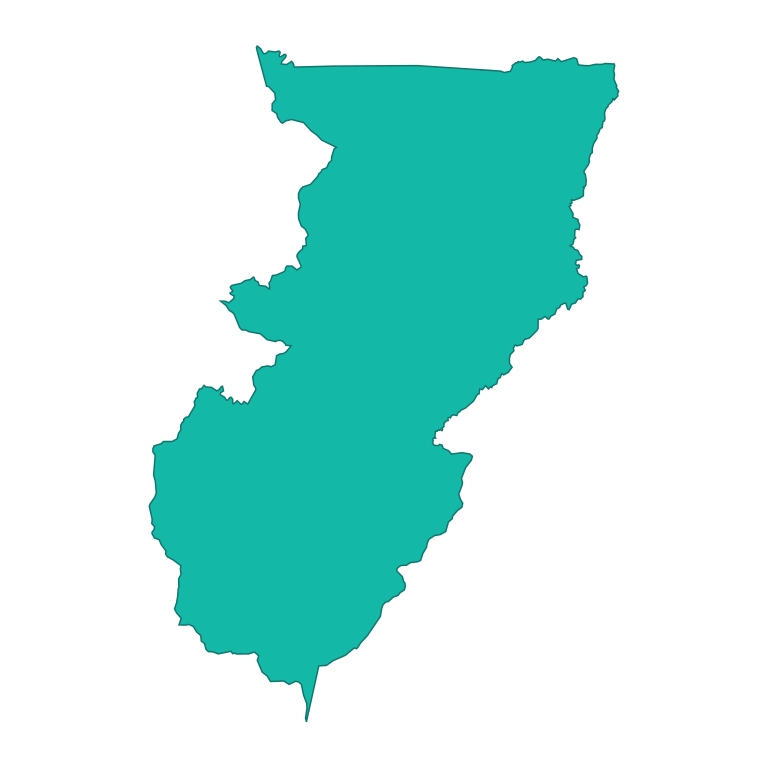 the district of Tiquiso, Bolívar, Colombia
{"feature_id": "7082276B69446027092984", "entity_name": "Tiquiso", "entity_type": "district", "adm_level": 2, "iso_a3": "COL", "parent_name": "Colombia", "parent_adm1": "Bolívar", "projection": "natural_earth1", "projection_center": [-74.278, 8.471], "detail": "fine", "context": "isolated", "style": "filled", "palette": "teal", "viewbox_px": 768, "rotation_deg": 0, "n_neighbors": 0, "source": "geoboundaries", "source_scale": "gbopen_adm2", "svg_char_len": 6062}
<svg xmlns="http://www.w3.org/2000/svg" viewBox="0 0 768 768"><path d="M155.2,455.3L153.6,475.1L155.3,481.0L156.3,492.9L154.7,497.4L150.3,503.6L149.3,506.3L152.2,519.3L151.8,523.6L154.5,526.7L154.2,529.2L152.1,532.2L152.0,533.6L154.4,538.0L159.2,539.6L160.9,544.0L165.9,550.9L165.6,553.9L167.4,556.8L173.2,559.9L180.8,565.6L180.4,569.1L181.1,574.2L178.6,578.9L178.9,587.3L178.2,588.8L177.7,596.0L176.6,602.8L174.5,609.0L176.8,613.2L181.2,618.2L179.0,624.9L185.7,625.1L189.0,624.4L193.4,626.5L196.7,632.1L200.8,635.5L201.2,641.0L204.4,643.4L206.0,649.2L208.3,651.6L212.6,651.8L218.4,653.9L230.7,651.3L232.8,653.7L234.8,653.2L236.5,654.0L248.7,653.9L254.5,652.0L258.7,655.9L257.3,660.4L262.2,672.1L267.2,676.0L270.5,681.5L283.8,681.0L289.1,684.4L295.5,681.3L298.6,681.9L301.4,684.4L303.6,695.2L306.7,703.4L307.0,708.1L305.5,718.1L306.4,721.9L318.8,665.9L326.4,665.4L333.2,660.6L345.3,655.3L354.3,647.9L356.5,648.7L357.7,647.6L360.6,642.9L367.3,635.7L380.4,616.4L381.6,608.7L383.1,604.6L385.7,602.1L388.6,601.4L393.2,597.1L398.1,595.4L399.9,592.8L404.4,589.9L405.3,586.2L404.9,583.0L403.6,581.5L402.4,576.7L396.9,571.1L396.8,569.6L397.8,567.6L400.9,565.5L406.5,565.2L410.4,562.6L417.4,561.8L420.6,560.5L422.7,553.8L426.5,547.3L427.4,542.5L429.2,539.0L434.6,535.5L440.2,534.6L445.7,531.6L448.4,522.1L452.3,518.6L452.5,516.3L456.9,511.1L461.9,507.2L462.7,503.2L460.7,499.9L458.7,494.2L462.1,485.0L462.5,482.6L461.5,478.4L465.6,467.6L471.3,460.3L472.4,456.3L469.9,454.0L462.2,452.7L451.4,454.0L448.7,450.8L443.2,448.4L442.1,445.2L439.6,444.4L438.2,445.7L434.1,445.3L432.5,442.7L433.2,440.9L432.8,439.0L433.1,438.1L435.6,438.2L434.8,436.1L435.5,431.3L437.2,431.3L438.3,429.8L439.3,430.4L440.2,429.5L441.9,430.7L442.6,429.6L442.0,428.1L443.9,426.7L444.0,423.3L446.1,421.1L448.3,420.5L447.7,418.8L448.2,417.9L449.0,417.4L450.4,417.9L451.2,416.1L453.1,414.8L456.8,415.5L458.0,412.6L459.8,411.8L460.6,410.4L465.5,408.0L473.5,401.1L476.3,396.1L477.6,394.3L479.1,393.8L479.7,388.9L482.3,389.7L485.7,385.7L488.4,388.9L490.8,386.7L491.8,387.5L492.5,385.7L496.7,383.7L498.0,378.8L500.1,377.7L501.8,373.6L503.7,374.9L508.2,372.4L512.1,367.2L509.6,363.7L509.4,358.7L510.4,354.5L513.9,350.8L513.4,348.2L514.4,346.1L515.4,345.0L517.0,345.9L522.2,344.4L524.2,339.6L529.4,338.0L537.0,330.4L538.0,328.6L538.2,319.2L541.3,319.2L545.2,316.4L547.8,319.0L549.0,319.0L550.8,316.2L554.8,314.1L556.7,309.0L559.7,307.3L560.6,305.1L564.4,303.2L565.8,303.3L567.7,309.1L569.1,309.7L571.6,304.2L575.5,302.9L578.0,298.9L580.6,299.1L583.0,296.6L583.0,292.1L585.3,290.5L583.7,286.8L586.4,285.4L587.6,282.9L586.8,276.8L586.0,276.1L583.6,276.9L578.1,273.5L576.5,268.9L578.9,267.9L579.5,265.4L578.7,264.8L576.7,265.4L575.5,263.9L576.3,260.3L581.7,259.4L581.8,256.3L579.7,254.4L577.7,250.4L574.8,249.5L573.3,247.3L570.1,245.8L572.7,244.4L573.7,241.8L573.4,240.0L575.7,237.8L574.6,236.5L575.0,229.9L576.5,229.1L579.1,229.6L579.8,225.1L578.1,221.5L578.0,219.5L572.8,217.3L573.1,213.8L569.1,206.4L571.0,205.6L570.1,203.7L571.9,203.0L571.6,199.9L573.7,200.3L579.5,198.2L583.4,195.8L583.5,189.6L584.2,188.0L583.3,187.0L585.2,186.2L585.9,184.8L586.2,180.3L585.3,174.5L584.0,172.3L584.1,170.8L588.2,165.0L589.5,161.5L589.1,158.7L590.4,154.4L592.3,152.6L592.3,148.3L593.6,143.7L597.1,138.0L596.7,135.4L598.6,132.9L600.3,128.4L602.2,127.7L602.9,121.6L604.3,121.0L605.0,118.7L604.5,112.9L605.9,108.7L608.0,106.6L608.2,105.0L611.8,101.9L612.8,98.6L613.9,98.8L613.6,99.8L614.2,100.0L617.9,95.9L617.5,93.8L618.7,91.2L616.2,87.5L616.8,86.1L613.9,79.2L614.5,74.4L613.7,70.9L614.7,65.6L614.3,64.0L605.1,63.5L602.1,64.4L595.4,64.3L589.3,65.7L584.9,65.6L578.4,64.9L576.7,58.9L574.0,57.7L561.3,61.7L557.9,58.6L555.6,61.1L547.9,59.2L543.2,60.0L540.4,57.2L538.8,56.8L535.2,60.6L529.4,62.2L524.4,62.5L522.8,61.1L519.9,62.1L518.2,61.5L517.0,63.0L515.8,62.8L512.2,65.6L512.4,67.4L510.4,71.3L504.3,72.5L500.5,71.1L417.1,65.6L333.1,66.1L294.3,67.1L293.1,63.1L291.6,61.4L286.7,64.5L281.4,64.0L281.7,61.7L285.6,57.3L286.1,55.3L285.5,54.5L284.2,54.4L280.9,56.7L279.6,56.6L279.2,55.8L280.2,52.2L278.9,51.0L275.2,52.0L268.6,51.1L265.9,53.4L263.5,53.7L260.6,48.7L257.2,46.1L256.4,47.5L257.3,51.6L266.6,86.3L268.7,86.6L274.8,93.1L275.6,99.7L272.2,103.8L272.1,110.5L276.8,113.7L277.5,117.1L280.7,122.0L282.5,123.2L286.0,120.8L291.5,119.5L303.7,122.6L311.2,130.9L317.3,135.4L321.7,140.1L336.4,147.3L334.1,149.0L331.6,156.9L331.5,160.5L328.8,162.9L326.8,167.7L322.1,169.6L320.9,172.1L318.7,173.9L317.8,176.4L310.5,184.4L302.7,187.0L300.2,189.8L298.5,193.5L298.5,198.1L300.3,204.2L298.4,213.2L298.6,218.7L301.3,226.0L305.2,229.0L308.1,234.6L308.0,235.7L305.8,238.3L306.3,245.7L302.8,246.1L302.6,248.8L298.9,252.1L297.1,254.8L297.0,256.9L301.2,266.1L301.0,267.1L296.9,270.0L292.1,266.1L286.9,266.0L285.6,267.7L285.3,270.2L284.3,271.6L276.1,275.1L272.4,275.5L270.6,280.9L269.0,283.1L269.7,287.7L269.3,289.1L265.6,286.2L259.3,285.5L257.9,281.8L255.2,280.6L254.2,277.6L253.3,277.1L250.5,279.5L244.9,280.7L241.3,283.3L231.9,285.4L230.4,286.8L230.4,287.8L232.9,291.1L230.0,293.1L230.7,294.2L234.2,296.0L233.8,298.6L228.9,302.7L225.2,301.2L220.6,301.1L226.3,305.7L229.3,310.5L232.4,312.3L234.3,314.5L239.6,327.4L241.8,329.9L246.0,330.1L248.7,331.6L260.4,333.8L267.2,339.7L275.7,341.6L276.5,340.8L280.1,340.3L282.7,341.3L285.5,344.1L285.7,345.2L291.1,345.8L286.3,351.7L283.6,353.4L279.6,354.1L276.6,355.7L275.1,364.8L271.3,366.7L267.7,365.9L261.7,367.0L259.2,369.4L256.3,370.5L252.7,376.9L253.8,385.0L255.8,388.3L255.7,390.1L247.7,404.1L244.0,401.5L242.3,403.9L241.0,404.3L237.2,400.7L234.4,403.4L232.8,403.6L232.7,399.3L231.2,397.3L229.9,397.5L227.6,400.3L226.3,400.0L224.6,397.2L220.2,394.7L220.6,392.7L223.5,390.9L222.5,386.3L221.4,386.6L218.8,389.9L216.7,390.8L211.4,387.3L206.0,387.0L204.1,385.4L201.4,388.8L199.5,389.0L197.2,393.3L197.6,397.4L195.7,398.4L195.3,400.3L194.2,401.4L194.9,405.7L188.5,416.7L185.7,417.4L183.7,419.3L183.6,421.5L182.3,422.3L180.8,425.1L180.8,429.9L178.6,433.2L177.1,438.8L172.1,441.5L163.4,441.5L161.1,443.8L154.1,445.9L152.9,448.6L152.9,451.9L155.2,455.3Z" fill="#14b8a6" stroke="#0f766e" stroke-width="1.5"/></svg>